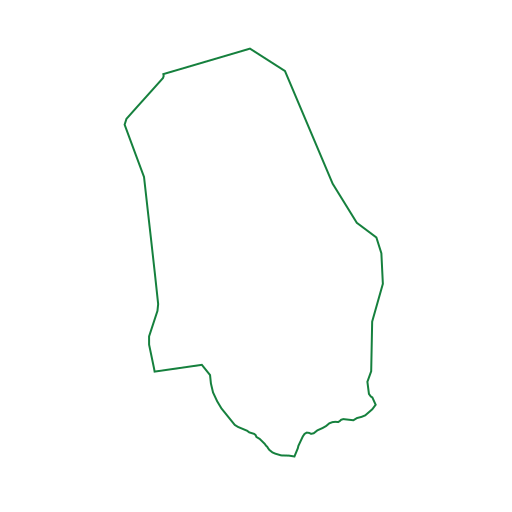 Al Jawf, orthographic projection, rotated 258°
{"feature_id": "YEM-335", "entity_name": "Al Jawf", "entity_type": "Governorate", "adm_level": 1, "iso_a3": "YEM", "parent_name": "Yemen", "parent_adm1": "", "projection": "orthographic", "projection_center": [44.939, 16.605], "detail": "fine", "context": "isolated", "style": "outline", "palette": "green", "viewbox_px": 512, "rotation_deg": 258, "n_neighbors": 0, "source": "natural_earth", "source_scale": "10m", "svg_char_len": 1081}
<svg xmlns="http://www.w3.org/2000/svg" viewBox="0 0 512 512"><g transform="rotate(258 256 256)"><path d="M164.0,132.8L167.6,132.9L191.5,133.0L199.6,134.7L222.8,148.2L229.3,150.3L259.5,153.4L295.0,156.9L322.0,159.5L356.6,162.9L380.2,159.4L411.8,154.8L417.1,157.8L426.5,170.6L437.2,185.3L449.4,202.0L451.2,203.1L453.2,203.2L460.1,293.2L430.9,322.8L310.8,346.0L267.5,361.5L249.1,377.6L232.6,379.2L202.4,374.3L167.7,356.0L119.3,344.7L109.8,338.8L97.6,337.8L94.7,339.1L93.5,340.4L85.6,342.1L82.0,338.0L77.4,329.7L76.7,325.8L76.5,321.1L75.1,317.1L78.3,307.5L78.1,305.2L77.2,303.8L76.5,301.9L77.3,299.2L77.6,296.2L77.1,292.9L75.1,289.2L73.9,285.4L72.7,279.8L70.6,275.6L70.6,272.9L71.9,271.2L72.7,268.9L71.9,266.5L69.8,264.3L61.5,258.0L59.2,256.9L51.9,251.9L53.9,246.7L55.7,239.2L58.7,233.7L60.5,231.2L63.6,228.7L65.6,227.8L67.1,227.3L68.3,226.4L70.4,225.5L76.3,221.6L78.9,218.8L80.9,218.4L82.4,217.2L84.9,212.7L86.9,211.0L92.6,202.8L95.2,200.1L114.1,190.5L122.0,187.8L131.5,185.6L140.7,185.4L149.1,186.3L160.8,180.4L164.0,132.8Z" fill="none" stroke="#15803d" stroke-width="2"/></g></svg>